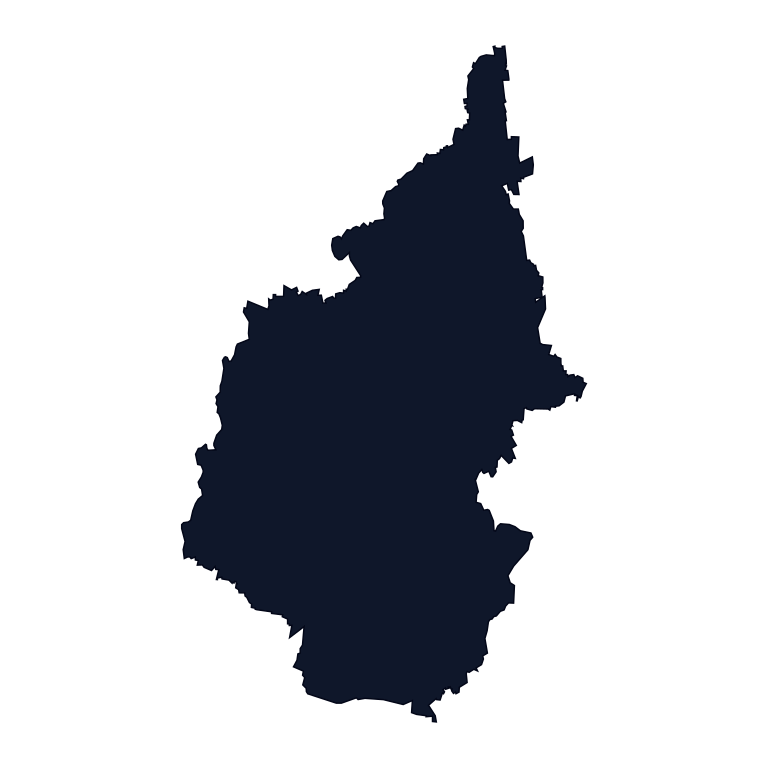 the district of Si Prachan, Suphan Buri, Thailand
{"feature_id": "78962969B29748545186398", "entity_name": "Si Prachan", "entity_type": "district", "adm_level": 2, "iso_a3": "THA", "parent_name": "Thailand", "parent_adm1": "Suphan Buri", "projection": "equal_earth", "projection_center": [100.149, 14.651], "detail": "fine", "context": "isolated", "style": "filled", "palette": "ink", "viewbox_px": 768, "rotation_deg": 0, "n_neighbors": 0, "source": "geoboundaries", "source_scale": "gbopen_adm2", "svg_char_len": 6099}
<svg xmlns="http://www.w3.org/2000/svg" viewBox="0 0 768 768"><path d="M494.5,55.7L486.2,54.9L481.0,56.4L479.3,57.5L475.4,63.7L473.6,62.7L472.4,67.0L473.7,68.6L467.9,76.0L468.7,79.6L467.3,88.4L467.8,98.5L463.7,99.3L464.4,103.5L467.1,103.4L467.1,105.9L465.0,106.5L465.3,108.6L468.0,109.3L467.2,110.2L467.7,112.6L469.7,113.1L469.4,119.8L467.4,119.8L468.3,124.2L466.1,124.2L465.5,126.1L464.2,125.1L462.7,130.2L458.6,128.2L455.6,128.6L453.0,139.3L454.0,144.4L447.7,147.5L447.5,145.8L446.4,145.9L446.4,146.9L443.8,147.6L443.5,149.8L440.4,149.5L439.9,153.4L437.3,153.0L437.4,154.7L430.9,154.9L430.8,155.7L426.7,154.0L423.7,158.7L423.4,164.1L420.3,162.8L418.0,163.1L412.6,170.6L406.9,173.2L401.1,179.1L397.8,180.1L397.3,181.4L398.7,184.1L398.5,185.8L395.6,186.6L391.1,190.6L386.8,191.5L382.7,201.0L382.8,203.9L384.4,208.0L383.9,213.9L384.6,218.2L384.0,219.6L375.0,220.8L373.0,223.7L370.0,222.6L369.1,226.0L367.5,226.6L363.7,223.2L361.3,225.5L360.4,227.9L356.3,226.5L353.1,227.9L350.9,230.3L347.2,229.7L342.6,236.1L341.5,238.9L340.0,236.9L338.0,236.3L332.8,238.6L331.7,245.2L332.4,250.5L334.9,256.4L338.8,259.8L342.1,259.4L349.4,252.5L349.4,255.9L350.6,260.1L360.7,275.7L360.6,277.3L356.8,277.5L355.2,280.4L349.3,284.4L347.5,289.4L346.2,289.2L346.1,291.2L343.6,290.3L343.5,293.1L339.8,292.7L335.7,293.9L335.5,298.2L333.8,298.2L332.6,296.5L327.2,298.5L325.0,300.3L325.9,303.1L322.9,303.1L321.3,295.2L317.9,295.3L319.2,289.4L312.4,290.3L306.3,293.2L306.5,294.5L302.2,291.5L300.6,294.5L298.2,295.6L296.3,292.2L298.0,291.2L296.6,287.4L291.5,289.9L284.0,285.6L283.6,296.4L275.6,296.4L275.6,294.6L273.3,294.6L273.1,299.2L270.3,300.1L268.7,298.9L269.0,305.8L267.8,309.4L247.9,301.2L246.7,308.4L244.2,307.8L243.5,312.0L249.3,321.8L248.5,333.4L249.3,339.3L237.4,344.1L236.1,346.9L234.6,354.7L231.1,361.1L228.9,361.4L227.3,357.6L225.6,356.8L224.4,357.3L222.5,360.5L223.9,368.4L221.9,381.3L220.3,385.8L220.2,392.2L215.9,396.9L217.0,399.9L216.1,403.7L218.0,406.6L217.2,412.4L218.9,413.8L220.5,417.8L222.3,425.3L221.7,429.5L216.7,435.1L213.9,443.2L213.9,445.5L215.9,449.8L208.0,450.3L206.8,448.3L206.4,444.8L205.5,444.3L201.4,447.9L198.4,448.5L195.6,454.2L197.7,464.4L201.1,465.2L203.1,470.0L203.2,472.2L201.4,477.0L198.2,482.1L199.7,487.4L201.6,489.0L202.6,495.5L198.3,499.1L195.5,503.7L192.8,510.9L190.7,520.3L188.3,522.0L183.6,522.7L181.7,524.6L181.7,528.6L185.1,541.5L183.2,549.6L184.3,558.5L187.7,556.9L189.8,556.9L191.2,558.6L195.3,557.0L195.4,560.0L198.3,560.5L197.3,565.1L202.4,564.9L204.1,567.3L211.5,570.5L215.1,566.5L215.8,569.4L218.8,569.6L216.4,579.5L217.4,579.6L217.4,578.0L221.8,577.2L222.0,578.9L229.0,580.1L232.1,583.2L232.4,582.4L234.0,583.0L234.5,581.3L235.9,581.6L236.3,583.1L237.8,583.8L236.3,583.9L235.7,587.8L238.6,589.6L239.2,592.8L244.7,592.9L245.1,596.0L246.8,597.3L249.5,602.6L251.6,603.9L251.4,607.4L255.2,608.2L255.2,609.2L256.9,609.7L271.6,611.8L271.6,613.4L282.7,614.8L282.3,616.7L287.6,619.0L287.6,623.8L289.2,623.9L289.3,625.5L291.9,625.3L289.6,637.6L304.1,626.5L302.5,645.1L300.2,648.6L300.2,653.1L297.9,653.9L297.0,660.3L293.5,666.8L303.4,671.1L302.6,675.2L304.7,677.5L302.8,684.9L306.2,688.3L306.4,691.6L307.8,693.8L336.2,703.1L341.5,703.1L356.4,697.8L358.1,699.5L365.0,698.3L383.4,699.6L403.2,704.5L412.4,700.5L411.6,712.6L416.6,714.4L426.2,715.7L426.1,716.7L432.5,716.2L432.5,721.5L436.3,721.9L435.2,715.7L428.5,705.3L436.1,698.6L436.6,699.6L440.1,700.0L442.4,692.9L443.5,693.7L444.5,691.8L443.0,689.7L445.3,688.0L445.7,689.2L449.4,688.0L448.4,687.1L450.2,686.7L451.1,689.1L452.1,689.1L451.6,690.7L453.5,693.4L455.5,692.0L456.0,693.7L459.0,692.1L459.3,687.3L467.1,682.5L466.2,673.4L467.3,671.4L469.1,672.3L473.8,669.3L477.5,670.9L476.1,667.9L481.5,664.6L483.4,659.0L482.7,655.9L487.4,653.1L484.9,638.5L487.1,630.8L488.4,621.9L489.7,619.7L492.2,618.9L493.6,616.7L496.4,615.9L500.3,611.3L504.1,609.9L505.6,606.1L508.5,602.9L513.6,603.1L514.4,585.5L510.2,582.8L507.9,575.7L513.7,566.0L527.9,549.7L530.0,540.4L532.7,537.2L530.9,533.0L520.4,530.8L515.0,526.7L509.3,524.5L500.5,523.8L497.8,526.1L495.6,531.0L494.0,530.7L493.4,521.0L489.2,510.4L487.6,509.5L483.8,510.3L480.7,503.6L476.1,502.3L476.7,494.5L478.3,491.8L475.2,479.5L475.9,479.5L478.7,473.0L481.8,469.6L482.8,472.4L484.0,473.4L488.8,471.2L491.1,476.7L492.7,476.8L496.1,471.8L495.3,467.4L497.0,467.0L497.3,460.3L499.4,458.7L501.2,455.4L508.9,463.4L511.5,461.9L512.7,458.0L515.3,458.4L511.4,448.4L516.3,445.4L511.0,436.3L513.4,435.1L511.7,430.0L510.1,429.5L511.7,425.4L512.4,425.7L511.9,424.7L513.0,420.7L517.4,420.4L521.7,422.6L522.2,419.9L523.2,419.8L524.0,408.6L526.4,407.6L526.8,408.9L532.2,410.4L534.5,408.7L548.1,409.0L549.8,410.1L550.9,406.6L555.4,407.2L555.4,406.2L559.1,405.8L563.9,402.1L565.5,395.9L573.6,394.0L574.6,394.0L574.5,395.4L575.8,395.5L575.9,394.7L577.3,395.5L576.5,400.8L577.2,400.9L578.4,396.5L580.1,397.9L581.0,396.6L582.3,391.2L586.3,383.6L583.1,382.3L582.8,378.3L577.6,375.8L574.9,377.6L573.8,374.6L570.1,375.1L567.9,376.6L567.6,374.6L565.8,374.5L566.1,370.9L563.3,370.9L562.7,365.9L561.4,366.0L560.9,363.6L560.8,358.5L556.9,357.0L555.1,354.5L553.7,356.3L548.7,354.5L551.4,345.5L542.7,344.6L540.1,343.2L537.6,327.6L545.5,309.0L545.0,297.6L544.8,295.8L535.7,302.3L535.1,298.6L542.1,297.2L541.2,289.7L542.6,289.6L542.6,287.6L541.6,287.3L542.9,282.9L542.8,277.0L538.2,275.7L538.8,272.9L536.5,270.3L535.6,265.4L533.9,265.9L533.5,264.3L530.8,262.7L529.6,260.1L526.7,260.4L523.4,235.9L521.2,231.4L523.2,228.3L523.1,220.8L519.3,214.5L518.3,209.1L513.4,209.1L509.3,203.4L509.5,200.8L508.1,194.0L506.2,194.7L505.4,191.4L501.7,185.8L507.3,183.4L508.7,190.1L511.4,189.6L513.8,194.4L519.0,194.5L517.1,181.3L520.9,181.5L520.7,178.0L523.5,178.7L523.7,177.2L532.5,173.9L533.3,164.8L532.3,156.9L519.7,163.1L518.0,156.0L518.8,137.0L511.4,136.7L511.4,139.3L507.2,139.5L505.2,120.9L506.4,120.7L505.1,112.1L506.0,111.9L503.3,103.3L505.8,101.8L504.6,98.6L502.5,80.2L508.8,80.1L508.9,79.2L507.8,70.6L505.0,70.2L506.5,65.9L505.5,65.3L505.6,63.3L506.3,63.7L506.2,60.1L504.7,46.1L502.2,46.5L502.3,48.4L497.3,48.3L494.9,47.5L494.9,46.2L493.2,46.6L494.7,53.4L494.5,55.7Z" fill="#0f172a" stroke="#020617" stroke-width="1.5"/></svg>